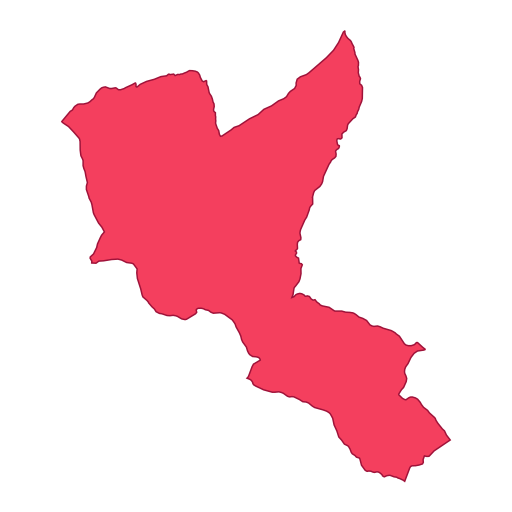 Jenesano, Boyacá, Colombia
{"feature_id": "7082276B5512700200640", "entity_name": "Jenesano", "entity_type": "district", "adm_level": 2, "iso_a3": "COL", "parent_name": "Colombia", "parent_adm1": "Boyacá", "projection": "orthographic", "projection_center": [-73.37, 5.373], "detail": "fine", "context": "isolated", "style": "filled", "palette": "rose", "viewbox_px": 512, "rotation_deg": 0, "n_neighbors": 0, "source": "geoboundaries", "source_scale": "gbopen_adm2", "svg_char_len": 5983}
<svg xmlns="http://www.w3.org/2000/svg" viewBox="0 0 512 512"><path d="M404.7,481.3L409.9,467.5L410.8,466.4L412.1,465.8L415.5,465.7L419.2,465.0L422.5,463.9L423.3,462.4L423.1,459.6L424.4,455.9L426.6,456.4L428.1,456.4L429.1,456.2L434.2,450.8L450.2,440.0L446.4,435.0L444.5,430.9L442.3,428.9L437.8,423.2L435.9,420.2L435.3,418.5L434.7,417.7L429.4,412.9L427.6,410.4L423.5,407.3L421.4,404.5L420.2,402.3L417.6,399.2L415.4,397.9L412.3,397.0L410.3,397.1L408.8,397.8L405.9,399.8L404.6,399.5L402.5,398.4L398.8,394.8L398.7,394.1L401.4,389.8L403.6,387.4L406.2,381.6L406.7,378.5L405.9,375.9L404.7,373.3L404.5,371.4L404.8,369.1L405.7,366.8L408.0,363.6L410.9,357.5L414.1,353.3L417.5,351.0L423.6,350.1L424.9,349.7L425.1,349.2L422.7,347.3L417.6,342.6L416.9,342.5L416.3,342.7L414.8,344.3L414.0,344.8L411.2,345.7L408.4,345.7L406.1,345.1L404.4,343.8L399.4,336.2L396.3,334.0L395.1,332.8L392.6,331.3L391.0,330.5L383.1,328.2L380.2,326.8L378.6,326.3L377.5,326.0L373.9,326.4L372.1,326.0L370.0,324.9L366.6,320.5L362.8,318.4L359.0,317.1L356.1,314.7L354.3,313.5L352.9,312.9L349.8,312.4L345.7,312.2L341.8,311.1L335.4,311.1L334.4,310.9L329.1,307.3L322.3,305.9L320.5,305.1L319.8,304.6L319.4,303.9L316.8,302.0L315.0,299.7L313.4,300.1L312.8,300.0L311.2,299.0L309.4,296.5L307.4,295.9L305.6,296.3L304.9,296.0L304.1,295.0L301.8,293.8L299.8,293.4L297.3,294.0L295.9,294.7L294.0,296.7L291.9,297.5L293.0,294.8L294.0,288.2L294.6,287.1L295.3,286.4L298.9,281.7L300.0,278.8L301.0,273.7L300.9,268.6L302.3,264.8L301.4,263.7L299.8,263.4L299.2,263.1L298.5,258.1L296.7,257.2L295.4,255.8L295.5,254.8L296.6,253.1L296.4,252.0L295.4,251.2L295.4,250.7L296.9,249.4L297.5,248.4L297.3,244.2L297.6,242.2L298.8,240.7L300.7,239.7L300.8,239.2L300.9,237.7L299.9,233.1L300.2,231.1L300.7,229.3L304.8,220.0L306.6,217.2L309.2,210.0L309.7,207.6L310.9,205.9L312.7,204.0L312.6,197.6L312.4,197.5L313.7,192.5L314.7,190.5L319.9,186.4L321.7,183.8L322.6,181.5L323.5,176.3L329.0,164.3L330.6,162.0L331.1,160.8L332.1,159.6L334.6,157.9L335.9,156.4L336.1,154.1L335.6,151.5L335.8,150.6L337.0,149.4L338.4,148.6L339.0,147.7L339.4,146.1L339.3,145.7L337.9,145.0L337.5,144.4L336.8,140.9L337.0,139.4L337.4,138.8L338.3,138.7L339.1,138.6L339.9,139.0L340.7,139.0L342.0,137.8L341.9,134.0L343.6,132.2L346.3,130.6L347.1,128.7L347.6,125.1L348.3,123.7L352.8,118.8L355.4,117.0L356.1,115.0L357.2,113.3L357.4,112.0L358.7,109.4L359.2,107.1L361.6,101.5L362.3,98.5L362.5,87.5L361.6,85.3L359.9,83.9L359.7,83.5L359.7,81.2L360.5,78.7L359.9,77.1L359.2,76.3L358.3,72.7L358.5,69.7L358.0,66.6L358.4,65.5L358.5,62.4L357.9,60.4L355.0,54.1L354.9,52.5L353.7,48.4L354.0,47.5L353.8,46.9L351.9,43.3L351.4,42.0L350.5,40.6L347.9,38.4L346.4,36.5L345.3,34.5L344.7,31.6L345.2,30.7L343.4,32.0L338.6,42.5L333.6,50.2L326.4,57.7L308.8,72.9L306.4,74.6L300.4,76.8L297.2,79.2L296.1,83.0L296.2,85.4L294.6,88.5L290.3,91.4L288.5,93.4L286.5,96.7L283.8,98.7L278.5,100.9L271.5,105.9L263.9,109.3L258.1,114.6L249.5,118.8L239.1,125.7L234.1,127.4L231.0,130.0L222.0,136.0L220.5,136.3L219.4,134.4L218.7,130.6L217.3,128.4L215.7,123.8L215.6,122.6L215.8,120.9L215.6,119.1L215.7,116.9L215.4,115.5L215.4,112.7L213.9,111.4L213.6,110.3L213.6,109.2L214.2,106.6L214.0,103.9L213.0,101.9L212.4,99.1L211.4,96.3L209.6,93.6L209.1,92.4L208.0,86.9L206.7,84.4L206.6,81.0L206.1,80.6L203.6,81.7L202.2,81.0L200.3,77.3L199.7,75.1L198.4,73.0L197.3,72.0L195.3,71.2L192.2,70.7L189.4,70.6L186.4,72.3L184.5,73.0L182.3,74.0L181.0,74.0L179.4,74.6L177.8,74.4L175.1,75.6L173.7,74.1L170.1,74.6L169.3,74.2L168.5,74.2L166.6,75.8L160.9,76.6L154.3,79.3L146.6,81.4L140.3,84.3L137.2,86.9L136.4,86.9L136.0,86.5L136.0,84.2L135.5,83.0L135.2,83.0L131.9,84.8L125.3,87.8L124.3,88.5L120.4,89.8L118.4,89.7L116.2,88.0L115.4,87.8L111.6,88.5L109.7,88.5L105.4,86.9L103.2,87.3L101.6,87.9L100.1,89.1L96.4,92.9L94.4,97.3L93.4,98.8L92.2,99.6L89.8,101.8L87.8,103.0L83.6,104.0L80.0,104.0L77.8,104.3L74.9,106.3L73.8,107.6L72.4,110.0L70.2,111.4L61.8,121.5L62.3,122.3L64.1,123.6L68.5,126.5L73.4,131.7L78.9,138.0L79.5,138.9L80.1,141.5L80.2,150.0L80.8,155.0L81.0,155.9L82.5,158.9L83.1,160.6L83.1,165.7L83.9,168.6L85.1,171.6L86.0,176.6L87.4,182.6L86.4,186.1L86.4,189.5L88.8,196.6L89.1,198.1L91.2,202.1L91.9,204.5L93.4,212.8L94.1,214.6L98.6,223.1L101.9,227.2L104.4,231.9L101.6,235.2L100.5,237.3L97.5,243.9L96.7,247.5L93.5,254.0L90.3,256.9L90.1,258.2L91.8,261.1L91.7,263.0L96.0,263.2L98.6,261.3L99.1,261.1L103.6,260.8L111.6,259.5L117.9,259.1L121.6,260.0L126.6,262.5L131.8,263.2L133.4,263.9L137.1,268.9L136.8,272.9L137.4,278.5L140.7,288.8L142.1,294.8L142.9,296.9L146.9,300.4L148.3,302.0L148.5,302.7L151.9,306.7L154.4,309.0L156.1,311.7L159.4,313.4L162.0,313.8L167.0,315.5L169.9,315.7L173.1,315.3L175.9,315.8L177.5,316.4L181.7,318.9L185.1,319.6L186.6,319.2L195.5,313.8L196.7,312.3L196.2,310.1L196.4,309.4L198.0,308.3L201.1,308.2L203.4,308.7L205.3,309.7L208.5,310.4L210.9,312.2L213.3,313.2L219.7,312.7L221.2,312.9L224.7,314.3L232.3,319.9L234.3,322.7L235.2,324.2L236.1,326.9L239.4,332.8L240.8,336.1L241.6,339.5L242.7,342.0L246.4,347.1L247.5,350.8L248.6,353.1L249.7,354.6L252.6,356.5L256.2,356.8L258.1,357.3L259.4,358.1L260.2,359.5L260.3,360.1L253.5,364.1L252.1,366.7L248.8,375.6L248.2,376.9L247.0,378.2L250.0,379.4L251.1,380.2L251.8,381.0L252.7,382.5L252.9,383.6L253.7,384.8L255.8,386.1L263.6,389.8L272.3,392.2L274.8,392.2L278.9,391.8L281.5,392.5L283.4,393.3L287.4,396.2L288.5,396.6L289.6,396.9L291.9,396.6L293.8,396.8L299.4,399.5L302.8,401.7L306.1,402.0L308.6,403.0L312.2,406.0L314.6,407.5L323.2,409.9L326.5,411.1L327.9,411.9L329.4,412.9L330.4,414.0L332.7,418.2L334.1,424.9L336.9,431.0L338.8,437.0L341.6,440.1L344.4,444.1L347.5,445.6L348.5,446.4L350.1,449.2L351.3,452.4L352.3,453.8L355.0,455.5L356.4,457.1L359.5,458.1L360.0,459.3L361.5,465.2L365.1,470.2L366.5,471.1L367.4,471.3L368.7,471.0L370.9,471.2L372.7,472.0L374.4,472.4L377.0,471.8L378.6,472.1L379.8,472.8L381.6,474.3L382.2,475.0L382.5,475.8L383.7,476.6L384.4,476.8L386.8,475.7L389.3,475.3L390.3,475.4L394.0,476.8L396.7,477.2L397.7,477.9L399.8,478.6L403.2,480.2L404.7,481.3Z" fill="#f43f5e" stroke="#9f1239" stroke-width="1.5"/></svg>